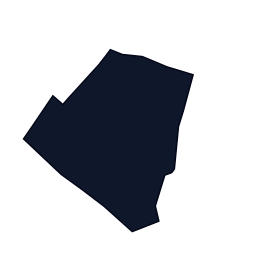 Trigg, Kentucky, United States of America (Equal Earth projection), rotated 126°
{"feature_id": "52423323B54823205349371", "entity_name": "Trigg", "entity_type": "district", "adm_level": 2, "iso_a3": "USA", "parent_name": "United States of America", "parent_adm1": "Kentucky", "projection": "equal_earth", "projection_center": [-87.889, 36.818], "detail": "fine", "context": "isolated", "style": "filled", "palette": "ink", "viewbox_px": 256, "rotation_deg": 126, "n_neighbors": 0, "source": "geoboundaries", "source_scale": "gbopen_adm2", "svg_char_len": 453}
<svg xmlns="http://www.w3.org/2000/svg" viewBox="0 0 256 256"><g transform="rotate(126 128 128)"><path d="M75.0,188.3L83.4,188.4L94.2,188.8L140.0,193.9L147.3,194.5L146.1,207.7L181.6,206.5L198.2,206.1L201.9,177.4L204.8,154.8L204.8,128.9L205.4,101.5L209.3,63.7L185.2,48.3L175.0,60.1L144.5,70.5L138.3,66.4L133.9,66.4L97.2,88.0L81.9,93.2L46.7,106.6L55.6,132.3L61.8,158.4L71.9,175.9L75.0,188.3Z" fill="#0f172a" stroke="#020617" stroke-width="1.5"/></g></svg>